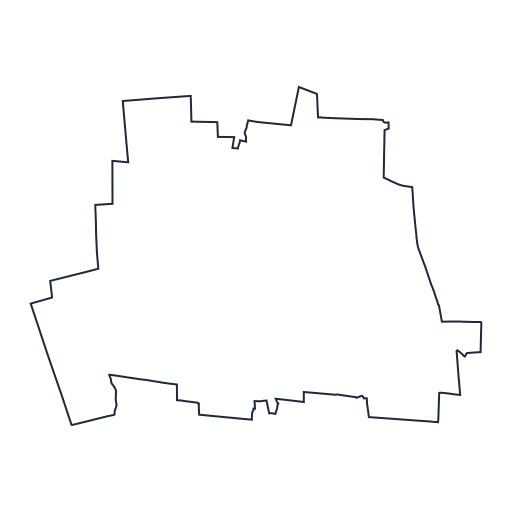 Cudalbi, Galati, Romania (Mercator projection)
{"feature_id": "2599482B47411249662534", "entity_name": "Cudalbi", "entity_type": "district", "adm_level": 2, "iso_a3": "ROU", "parent_name": "Romania", "parent_adm1": "Galati", "projection": "mercator", "projection_center": [27.714, 45.778], "detail": "fine", "context": "isolated", "style": "outline", "palette": "slate", "viewbox_px": 512, "rotation_deg": 0, "n_neighbors": 0, "source": "geoboundaries", "source_scale": "gbopen_adm2", "svg_char_len": 4125}
<svg xmlns="http://www.w3.org/2000/svg" viewBox="0 0 512 512"><path d="M269.2,413.4L270.2,413.2L271.1,413.2L271.5,413.2L273.5,413.5L274.8,413.8L275.3,413.9L276.7,409.7L277.1,408.5L277.5,405.2L277.6,404.8L278.3,403.5L277.6,403.1L275.7,398.8L276.5,398.8L297.1,401.2L303.8,402.0L303.8,392.0L329.2,394.2L335.6,394.8L337.6,394.4L338.7,394.7L355.9,397.2L356.3,397.8L361.9,395.8L363.5,397.3L363.7,398.3L364.0,398.3L366.8,398.3L367.0,403.2L368.0,410.2L368.9,417.1L427.3,421.3L429.2,421.4L434.1,421.9L438.0,422.2L438.2,420.1L438.4,416.9L438.5,412.8L438.6,411.4L438.6,409.9L438.8,405.1L438.8,404.1L438.8,403.2L438.9,402.2L439.0,399.9L439.2,393.0L439.8,392.7L444.4,393.0L450.9,393.8L452.7,394.1L454.9,394.4L455.8,394.5L456.0,394.5L458.4,394.8L459.4,394.8L460.2,394.9L458.6,377.0L456.8,353.7L456.6,351.0L456.7,350.9L457.3,350.3L459.6,351.8L461.0,353.1L462.0,354.0L463.8,355.8L464.3,356.3L464.5,356.5L464.8,356.6L465.0,356.4L465.7,355.1L466.0,354.4L466.7,353.2L466.9,353.1L472.6,352.6L480.6,352.1L481.1,331.3L481.3,324.7L481.3,323.8L481.3,323.4L481.2,322.8L481.2,322.3L481.1,322.2L480.7,322.0L478.9,322.0L476.0,322.0L475.6,322.0L466.3,321.8L463.0,321.7L459.6,321.5L455.6,321.5L454.2,321.5L450.6,321.5L444.1,321.7L442.1,321.7L441.9,321.7L440.7,314.9L438.9,305.2L438.2,304.7L437.1,300.7L436.0,298.0L434.2,292.2L432.3,287.0L431.3,284.9L429.4,279.1L426.0,269.1L425.4,267.2L424.7,265.3L424.5,264.7L424.4,264.6L422.5,259.5L418.4,248.4L417.8,246.3L417.3,243.7L416.9,240.6L416.5,237.6L416.3,234.6L416.2,233.4L415.6,228.5L414.8,220.1L414.1,213.2L413.5,206.3L413.0,199.4L412.7,193.1L412.6,192.1L412.3,189.0L412.3,188.8L412.3,188.7L412.3,187.9L412.3,187.4L412.3,187.2L412.1,187.0L410.9,186.9L410.2,186.8L408.6,186.6L406.6,186.3L404.4,186.0L402.3,185.6L400.8,185.1L400.3,185.0L398.7,184.5L396.9,183.7L394.9,182.8L393.4,182.2L391.7,181.4L390.2,180.7L389.6,180.4L388.0,179.5L383.7,177.6L383.7,177.1L383.7,176.3L383.9,166.6L384.1,153.7L384.4,140.8L384.4,138.1L384.6,130.1L388.7,128.5L388.5,122.4L385.0,122.7L383.7,121.9L383.1,121.0L382.8,120.0L382.7,120.0L378.5,119.7L374.0,119.3L373.2,119.2L372.3,119.1L371.4,119.2L356.7,119.0L346.7,118.6L345.6,118.6L340.9,118.4L339.9,118.4L327.1,117.9L321.6,117.6L321.0,117.3L318.1,117.5L317.6,108.2L317.4,103.2L317.1,96.6L316.9,93.9L311.1,91.7L308.0,90.5L298.9,87.0L291.0,125.3L281.0,124.3L268.7,123.1L262.4,122.5L256.1,121.8L251.1,120.9L248.2,120.4L248.0,121.4L247.0,124.8L246.7,126.7L246.5,128.0L245.1,131.2L244.7,133.2L245.0,133.9L245.4,135.1L245.9,136.4L245.9,136.6L246.1,137.4L246.1,137.8L246.0,139.1L246.0,139.8L246.0,140.4L246.1,141.6L240.1,140.3L240.0,141.4L238.9,144.7L238.2,146.8L237.9,148.5L232.4,148.0L234.2,137.1L217.9,136.9L217.3,122.2L216.6,122.1L205.2,121.9L191.4,121.6L191.0,104.5L190.7,95.9L161.2,98.0L152.0,98.7L131.8,100.3L126.8,100.7L122.8,101.0L122.9,102.8L125.2,128.9L127.1,150.5L128.2,162.3L115.2,161.1L112.4,160.9L112.4,167.7L112.5,203.8L95.3,204.9L95.4,210.2L95.6,213.8L95.7,217.4L95.9,220.9L96.1,234.4L96.9,251.9L97.1,254.7L98.3,268.7L89.3,271.1L71.3,275.6L59.0,278.7L50.2,280.9L52.1,297.5L30.7,303.6L37.4,323.7L46.4,351.0L46.5,351.3L60.0,390.5L60.2,390.8L71.3,424.2L71.5,424.6L71.8,425.0L72.1,425.0L85.2,421.8L93.9,419.6L105.6,416.7L108.4,416.0L112.5,415.2L114.1,414.8L114.5,414.5L114.6,413.6L114.6,412.3L114.7,411.0L115.4,408.9L116.1,407.0L116.5,405.2L116.5,404.6L116.2,402.8L115.7,399.4L115.9,395.9L115.9,393.6L116.0,390.4L115.2,388.8L114.3,387.0L112.9,385.0L112.0,383.9L111.7,383.3L111.4,382.9L111.2,381.8L111.0,380.6L110.8,378.8L109.8,376.6L109.3,374.8L109.5,374.8L114.8,375.4L119.8,376.2L122.5,376.6L126.3,377.2L132.9,378.2L136.0,378.6L137.1,378.8L138.3,379.0L142.9,379.6L145.9,379.9L152.4,381.0L155.0,381.4L159.7,382.1L162.1,382.6L165.1,383.0L169.3,383.6L176.3,384.4L176.9,384.5L177.0,400.2L182.4,400.6L184.0,401.0L189.8,401.7L198.0,402.8L198.2,403.3L198.9,403.7L198.7,404.4L198.9,404.7L198.7,405.1L198.8,406.1L198.9,409.2L199.2,414.7L243.2,418.9L251.2,419.6L251.9,419.6L251.8,418.7L252.0,415.3L252.3,412.1L253.4,410.3L253.4,408.7L255.0,408.7L254.7,404.0L254.5,401.1L257.9,401.1L258.8,401.4L265.5,400.6L266.5,400.5L269.2,413.4Z" fill="none" stroke="#1e293b" stroke-width="2"/></svg>